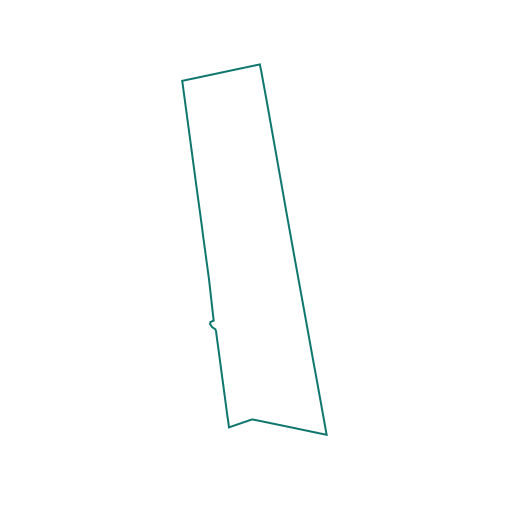 the district of Sucupira do Norte, Maranhão, Brazil, rotated 131°
{"feature_id": "56859067B91383684307252", "entity_name": "Sucupira do Norte", "entity_type": "district", "adm_level": 2, "iso_a3": "BRA", "parent_name": "Brazil", "parent_adm1": "Maranhão", "projection": "equal_earth", "projection_center": [-44.257, -6.503], "detail": "fine", "context": "isolated", "style": "outline", "palette": "teal", "viewbox_px": 512, "rotation_deg": 131, "n_neighbors": 0, "source": "geoboundaries", "source_scale": "gbopen_adm2", "svg_char_len": 703}
<svg xmlns="http://www.w3.org/2000/svg" viewBox="0 0 512 512"><g transform="rotate(131 256 256)"><path d="M344.6,85.4L311.7,126.3L304.9,134.8L299.2,142.0L270.1,178.2L232.6,225.0L200.1,265.4L194.8,271.9L134.6,346.4L113.0,373.4L108.9,378.8L124.9,390.9L172.2,426.6L209.9,383.7L241.7,347.6L262.0,324.4L263.6,322.6L267.8,317.8L270.7,314.5L275.8,308.8L301.5,279.5L304.4,276.2L332.6,245.5L335.6,247.1L337.4,246.1L338.5,242.6L338.2,240.6L338.0,238.5L339.3,236.4L340.8,234.8L356.7,216.7L369.4,202.3L371.3,200.1L396.7,171.3L397.8,169.9L400.8,166.5L403.1,164.0L384.2,153.1L381.7,151.5L379.7,148.0L367.5,126.3L359.9,112.8L358.5,110.2L348.1,91.6L344.6,85.4Z" fill="none" stroke="#0f766e" stroke-width="2"/></g></svg>